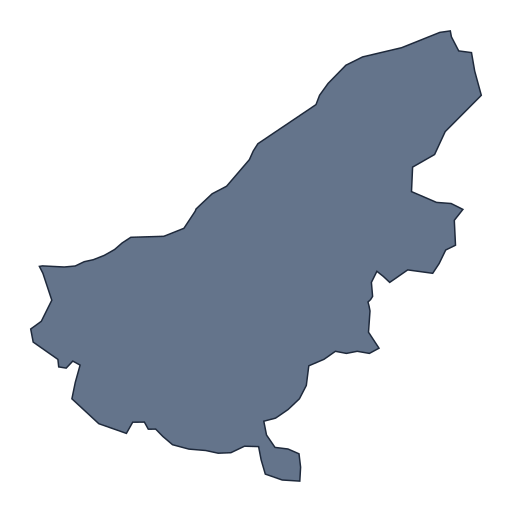 an SVG outline of Ruse
{"feature_id": "BGR-2262", "entity_name": "Ruse", "entity_type": "Province", "adm_level": 1, "iso_a3": "BGR", "parent_name": "Bulgaria", "parent_adm1": "", "projection": "natural_earth1", "projection_center": [25.944, 43.687], "detail": "fine", "context": "isolated", "style": "filled", "palette": "slate", "viewbox_px": 512, "rotation_deg": 0, "n_neighbors": 0, "source": "natural_earth", "source_scale": "10m", "svg_char_len": 1348}
<svg xmlns="http://www.w3.org/2000/svg" viewBox="0 0 512 512"><path d="M64.2,267.0L75.2,266.0L84.2,261.7L93.3,259.7L104.2,255.4L114.6,249.5L122.2,242.9L130.8,237.3L160.6,236.4L163.8,236.3L183.9,228.3L195.2,211.2L196.1,208.9L212.1,193.8L226.6,186.2L249.4,159.6L253.3,150.9L257.9,143.7L316.0,104.6L319.6,95.2L328.1,83.4L345.9,65.2L362.6,56.9L401.6,47.7L439.8,32.4L450.3,30.9L451.4,36.8L458.7,50.9L471.5,52.6L474.7,71.1L481.3,95.3L445.2,131.6L434.6,154.5L412.6,167.1L411.5,191.6L436.5,202.4L451.1,203.5L462.9,209.4L454.3,220.3L455.5,245.2L445.7,250.0L439.1,263.6L432.7,273.3L407.7,269.9L389.7,282.4L383.2,276.3L376.9,271.3L371.4,282.4L372.6,296.4L370.6,299.6L368.0,302.0L369.1,306.3L370.0,311.0L368.5,332.2L379.0,348.2L369.4,353.4L357.2,351.3L346.4,353.4L335.4,351.3L324.0,359.3L308.8,365.8L306.3,385.5L299.4,398.8L288.1,409.5L275.6,418.1L263.8,421.2L266.5,435.0L275.0,447.4L288.0,449.0L299.0,453.8L300.6,467.2L299.8,481.1L282.2,480.0L265.3,474.1L261.1,459.7L258.6,446.6L244.5,446.2L230.9,452.7L218.2,453.2L205.7,450.5L188.9,449.1L172.5,444.7L162.9,436.5L155.7,429.1L148.3,429.2L144.4,422.1L132.7,422.2L126.4,433.4L98.8,423.7L71.9,398.8L75.3,382.3L80.1,365.1L72.8,361.1L66.2,368.1L58.7,366.9L57.9,359.4L33.2,342.1L30.7,329.0L41.3,321.3L51.8,300.2L42.9,273.3L39.4,266.4L42.4,265.9L64.2,267.0Z" fill="#64748b" stroke="#1e293b" stroke-width="1.5"/></svg>